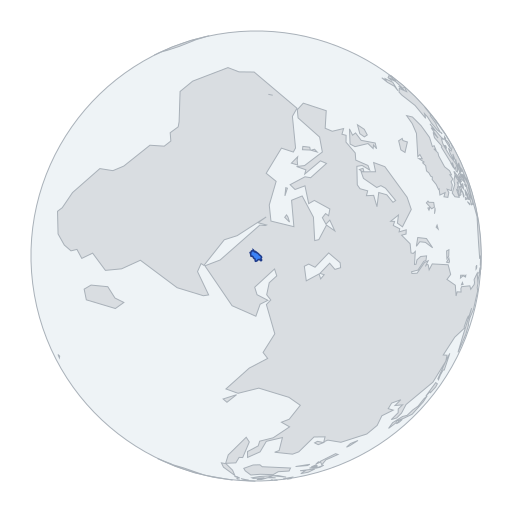 Al Quassim on an orthographic globe, rotated 80°
{"feature_id": "SAU-846", "entity_name": "Al Quassim", "entity_type": "Region", "adm_level": 1, "iso_a3": "SAU", "parent_name": "Saudi Arabia", "parent_adm1": "", "projection": "orthographic", "projection_center": [43.262, 25.97], "detail": "fine", "context": "on_globe", "style": "filled", "palette": "blue", "viewbox_px": 512, "rotation_deg": 80, "n_neighbors": 0, "source": "natural_earth", "source_scale": "10m", "svg_char_len": 11725}
<svg xmlns="http://www.w3.org/2000/svg" viewBox="0 0 512 512"><g transform="rotate(80 256 256)"><circle cx="256" cy="256" r="225" fill="#eef3f6" stroke="#a8b0b8"/><path d="M308.6,36.9L307.1,36.6L296.6,34.5L295.1,34.4L302.0,35.8L304.3,36.8L294.5,34.6L297.6,36.2L280.4,34.4L255.7,31.5L244.7,32.5L215.5,35.5L216.8,35.8L206.5,38.1L204.1,39.5L199.4,40.3L201.6,40.9L206.4,39.9L209.0,40.0L208.0,41.0L201.8,41.9L201.4,41.6L199.1,42.4L196.4,42.5L197.2,43.0L189.7,44.4L195.6,44.6L188.4,47.0L183.9,47.6L186.4,45.5L182.0,43.7L178.2,44.7L170.3,47.7L151.2,57.0L146.2,59.5L137.9,64.3L139.7,63.5L146.8,59.6L148.2,60.0L156.8,55.8L158.6,55.6L166.6,52.8L163.2,55.7L155.5,60.2L148.7,63.0L145.1,65.3L149.9,65.0L135.4,73.2L122.9,84.4L119.4,86.7L115.8,85.8L120.3,79.1L115.6,80.5L116.3,82.4L107.6,88.9L105.2,91.5L104.4,93.1L106.8,91.8L103.3,95.0L101.3,93.6L104.4,90.7L105.0,91.0L107.1,88.2L105.6,88.4L101.3,92.4L101.9,91.7L113.9,81.2L126.6,71.6L139.9,62.9L153.8,55.2L168.3,48.5L183.1,42.8L198.3,38.2L213.8,34.7L229.6,32.3L245.4,31.0L261.3,30.8L277.2,31.7L293.0,33.8L308.6,36.9ZM30.9,263.7L32.6,277.7L36.2,294.9L38.0,307.3L38.7,315.2L40.4,321.3L35.6,302.4L32.4,283.1L30.9,263.7ZM168.0,51.5L167.3,52.1L166.2,52.3L168.0,51.5ZM172.1,49.8L171.2,49.6L173.1,48.8L173.6,49.0L172.1,49.8ZM311.4,37.9L313.1,38.6L309.6,37.5L311.4,37.9ZM172.7,50.4L176.4,47.5L179.7,46.1L184.2,45.8L172.7,50.4ZM312.8,38.8L317.0,41.1L321.3,42.1L311.4,41.2L311.2,39.1L306.2,37.4L310.8,38.5L312.8,38.8ZM208.3,39.3L203.2,40.3L208.4,38.7L208.3,39.3ZM211.0,38.3L223.2,34.4L230.4,33.8L224.8,35.0L234.8,34.1L232.2,35.7L226.2,36.6L222.1,36.5L224.3,37.2L211.0,38.3ZM305.3,40.6L304.7,41.1L303.3,40.2L305.3,40.6ZM210.4,40.0L212.2,39.0L218.6,38.4L216.0,40.2L214.8,39.8L210.4,40.0ZM238.6,33.2L242.9,33.4L242.0,34.6L243.5,34.9L232.8,35.7L238.6,33.2ZM212.9,40.4L214.6,41.2L210.8,42.5L209.1,40.9L212.9,40.4ZM221.3,37.6L224.1,37.5L221.7,38.1L221.3,37.6ZM198.1,48.1L200.2,46.6L203.6,46.1L198.1,48.1ZM215.5,41.4L216.8,41.0L218.4,40.8L218.7,41.6L215.5,41.4ZM232.9,36.7L231.7,37.3L237.3,36.4L236.8,37.6L229.8,38.0L232.6,38.4L232.5,38.8L226.9,38.7L232.9,36.7ZM223.8,41.7L214.7,43.3L210.1,46.0L206.9,46.4L214.8,42.1L223.8,41.7ZM226.1,39.9L224.0,41.1L221.1,40.8L220.7,39.9L226.1,39.9ZM239.1,38.4L241.6,36.4L243.0,36.4L239.1,38.4ZM223.1,42.5L225.3,42.2L223.1,42.7L223.1,42.5ZM234.8,39.6L235.5,38.8L237.1,38.8L234.8,39.6ZM229.2,42.3L226.2,42.7L225.9,42.0L229.2,42.3ZM232.2,41.1L234.3,41.3L227.6,41.5L232.3,40.7L232.2,41.1ZM236.3,39.8L237.4,39.5L235.7,40.1L236.3,39.8ZM232.1,45.1L223.6,45.5L222.9,43.7L231.2,43.5L232.1,45.1ZM72.8,288.0L65.6,250.9L71.7,240.8L74.5,225.9L117.6,190.0L124.8,195.9L156.5,198.3L160.1,201.2L154.2,212.2L176.3,231.6L186.0,223.2L208.1,234.1L224.2,235.2L233.7,213.6L207.3,211.3L204.9,200.1L227.7,192.7L251.0,195.5L250.8,191.3L237.8,181.2L245.0,174.0L233.5,177.1L236.8,181.6L229.8,184.0L226.3,180.1L229.0,177.5L222.5,175.1L211.4,188.9L213.6,195.0L195.4,195.6L197.3,206.0L191.7,210.0L186.5,194.0L188.4,188.6L177.1,170.5L173.5,176.0L183.8,193.8L179.8,191.9L174.9,200.5L175.4,192.5L165.1,172.6L149.9,172.7L127.3,190.6L119.1,189.9L113.7,182.9L125.1,161.6L142.2,165.7L146.4,159.2L145.7,147.6L151.0,150.2L152.8,146.3L159.5,147.6L171.7,140.4L178.9,141.1L186.3,130.0L191.1,129.1L185.3,135.7L185.2,141.1L203.5,143.9L207.8,141.9L211.2,134.7L215.8,136.8L216.7,129.6L228.5,128.3L214.8,124.1L218.4,116.6L226.9,111.8L225.6,108.8L211.7,116.7L208.4,120.8L209.5,125.2L198.2,136.7L191.4,137.8L193.8,123.6L184.4,123.9L190.4,113.6L224.3,97.0L237.1,95.0L252.7,106.7L248.2,111.0L240.4,108.6L245.2,117.4L246.0,113.5L249.8,115.5L254.2,109.7L257.1,110.9L256.3,103.5L260.4,104.4L260.8,109.0L270.7,102.1L279.9,102.8L280.8,100.7L279.1,98.3L291.9,101.4L291.9,99.8L287.7,98.1L285.1,93.9L285.5,88.0L289.9,89.4L290.4,91.7L298.0,99.0L298.5,105.5L300.3,105.5L300.9,100.3L291.7,91.2L290.6,87.3L295.7,91.0L293.8,89.4L294.7,87.9L299.7,87.9L294.4,83.8L298.0,68.3L308.0,67.5L312.2,72.0L319.4,64.8L330.1,65.9L326.2,64.1L327.1,60.3L323.7,59.9L321.9,58.8L322.5,50.6L326.1,50.3L322.0,46.1L320.0,45.4L317.1,45.3L311.4,41.2L321.3,42.1L325.3,43.6L328.8,43.7L337.4,47.4L346.2,51.0L353.7,55.9L359.9,58.8L360.6,58.6L369.6,63.0L386.0,73.8L369.9,65.8L344.8,52.7L354.8,57.7L351.7,57.1L354.8,59.3L362.0,63.3L363.3,63.4L370.5,74.4L386.0,88.8L386.9,85.1L392.6,87.4L411.0,103.7L428.3,134.0L436.0,140.0L439.9,145.5L440.6,151.2L435.0,143.2L431.3,142.5L428.0,137.5L427.4,145.1L422.7,138.3L424.4,148.0L429.3,152.3L431.6,147.6L435.2,159.8L443.9,166.1L450.5,177.7L454.2,204.7L449.8,217.2L450.7,221.5L446.1,219.4L444.3,230.3L456.3,247.9L457.5,254.4L452.5,271.7L451.6,267.0L439.4,261.5L440.3,278.0L449.6,286.0L452.9,299.3L447.1,298.3L443.4,286.8L439.0,284.5L438.0,270.6L430.1,252.6L424.1,259.8L422.5,251.6L410.7,238.3L400.9,248.1L386.6,276.2L388.1,297.5L381.7,308.7L365.2,282.1L358.9,262.3L352.2,265.8L335.9,251.0L305.6,254.2L301.9,249.1L296.0,252.2L284.6,247.6L279.2,239.0L272.0,240.0L286.5,262.7L294.3,261.7L301.7,252.0L304.2,260.3L315.3,266.6L300.8,288.2L256.8,308.0L253.7,292.0L226.2,246.8L227.6,241.8L227.6,241.2L227.3,240.2L223.6,248.2L219.3,239.2L232.7,271.0L234.5,284.4L256.2,308.9L253.9,311.4L261.2,316.3L286.1,309.4L286.0,314.7L273.5,339.2L240.1,370.6L245.3,390.6L244.0,406.8L224.8,416.4L228.1,428.0L218.4,431.2L218.8,437.3L211.9,442.9L199.9,447.1L177.5,443.7L174.8,438.4L161.7,425.7L142.8,394.6L147.1,382.1L144.5,370.6L128.5,341.2L131.9,327.3L128.0,319.9L119.7,319.1L115.3,310.2L110.4,308.4L80.8,302.2L72.8,288.0ZM100.6,211.6L98.9,215.8L100.6,211.6ZM274.5,210.2L289.2,210.8L284.6,197.0L289.8,196.3L286.3,192.1L284.2,196.0L275.9,184.7L282.9,180.6L282.2,174.7L277.2,174.3L265.6,183.9L277.3,199.8L273.1,205.5L274.5,210.2ZM107.7,89.0L107.8,89.2L106.2,91.3L105.6,91.3L107.7,89.0ZM107.9,96.3L102.3,101.2L105.8,97.4L103.8,98.0L108.6,91.2L117.9,87.5L112.9,90.2L107.9,96.3ZM117.7,81.9L113.6,86.1L117.7,81.7L117.7,81.9ZM156.1,125.4L157.5,128.6L153.6,132.5L144.4,133.3L150.0,127.4L156.1,125.4ZM160.4,132.3L165.4,119.0L171.3,118.6L167.1,121.0L170.5,122.0L164.7,126.2L165.5,139.5L162.1,143.9L147.0,141.9L153.8,139.9L152.1,136.6L160.4,132.3ZM167.8,91.3L170.0,87.1L179.9,91.3L176.6,94.9L167.3,95.5L165.6,91.6L167.8,91.3ZM180.0,50.9L180.3,50.1L182.0,49.7L183.2,50.1L180.0,50.9ZM198.8,47.5L180.9,54.6L180.2,53.8L170.5,59.7L165.0,60.1L171.5,56.2L160.0,61.3L163.6,58.0L156.0,61.8L171.0,53.1L173.8,50.8L172.8,53.0L177.8,52.5L180.8,51.6L191.3,47.6L199.8,43.1L206.1,42.4L208.3,43.2L207.2,44.2L203.5,44.2L204.7,45.5L198.5,46.3L198.8,47.5ZM230.3,60.6L226.4,58.8L227.9,64.3L221.7,64.0L222.2,64.7L216.9,66.1L211.3,69.2L208.8,68.6L207.7,70.1L204.2,71.3L201.8,73.3L196.5,73.2L193.2,75.7L192.6,74.2L188.4,78.7L189.1,75.4L184.6,77.0L186.3,79.4L163.1,76.7L152.9,79.1L143.9,83.3L146.3,77.8L156.3,70.8L169.4,64.5L178.9,63.3L178.3,61.4L182.6,60.4L181.3,62.3L186.0,58.9L189.2,58.7L200.9,54.8L205.6,50.6L210.0,49.4L209.7,51.0L214.3,48.7L216.8,51.0L220.0,50.3L225.6,52.2L223.4,56.2L227.1,55.1L231.6,56.9L230.3,60.6ZM233.5,45.7L232.2,49.8L228.1,51.8L219.9,47.8L216.7,48.1L211.3,46.2L217.3,43.4L218.3,44.1L220.6,44.3L217.8,45.1L221.8,44.5L223.3,45.6L226.9,45.6L225.5,46.9L233.5,45.7ZM165.5,197.7L168.6,198.8L173.6,199.2L170.7,205.0L165.5,197.7ZM158.2,184.2L161.1,184.1L159.4,191.8L156.2,190.8L158.2,184.2ZM164.2,177.7L161.4,183.5L161.0,179.8L164.2,177.7ZM188.2,135.4L191.5,135.1L191.3,136.8L188.8,139.2L188.2,135.4ZM233.3,79.0L231.8,77.1L233.1,76.5L234.1,71.7L238.8,71.8L240.0,74.8L233.3,79.0ZM228.4,217.1L222.9,221.0L220.8,218.8L223.1,217.8L228.4,217.1ZM194.7,213.3L201.8,217.1L193.9,214.8L194.7,213.3ZM238.6,78.4L238.5,76.3L240.9,77.7L238.6,78.4ZM242.3,71.7L245.4,72.9L239.5,71.3L242.3,71.7ZM320.5,466.7L322.2,467.3L318.6,468.1L320.5,466.7ZM283.3,403.6L269.7,430.7L258.8,431.0L256.0,423.5L260.5,407.3L272.9,402.2L278.8,394.2L283.3,403.6ZM471.3,313.6L472.6,312.1L472.4,313.1L471.3,313.6ZM470.0,313.0L471.9,310.5L469.3,315.5L470.0,313.0ZM472.6,309.5L474.5,304.8L475.4,302.1L475.0,304.2L472.6,309.5ZM468.5,314.9L458.3,324.7L453.7,326.0L455.3,321.7L462.8,316.3L468.5,314.9ZM454.9,321.9L447.1,317.9L432.8,297.1L438.0,294.9L452.2,304.1L451.4,307.6L456.2,311.8L454.9,321.9ZM471.7,289.6L470.8,299.1L465.7,303.9L463.0,304.9L461.3,295.1L462.3,288.4L464.6,286.5L470.8,258.8L473.5,260.8L472.3,271.6L474.3,277.1L471.7,289.6ZM389.2,299.2L395.0,310.0L391.1,313.2L389.2,299.2ZM471.3,241.7L470.2,253.6L470.5,239.1L471.3,241.7ZM470.3,229.0L471.4,233.2L469.5,230.3L470.3,229.0ZM452.6,227.5L450.2,230.7L449.2,227.6L451.5,221.9L452.6,227.5ZM455.4,187.6L459.1,196.6L460.0,200.1L457.1,195.6L455.4,187.6ZM278.6,80.6L272.0,86.8L270.4,92.2L274.3,96.4L265.9,93.5L268.4,85.1L278.6,80.6ZM295.2,69.4L291.6,66.4L295.0,66.4L296.2,67.1L295.2,69.4ZM291.8,68.5L284.1,67.4L283.3,64.9L289.5,66.2L291.8,68.5ZM261.2,71.9L258.9,73.6L257.0,72.3L261.2,71.9ZM438.4,388.2L446.2,375.3L446.9,374.6L452.2,363.9L463.2,344.2L472.5,318.4L472.6,318.0L466.4,336.6L458.6,354.6L449.2,371.9L438.4,388.2ZM474.5,308.5L477.0,298.1L477.7,295.7L474.5,308.5ZM481.2,263.5L481.0,264.0L481.3,259.6L481.2,263.5ZM479.6,277.8L479.4,280.3L479.1,279.7L479.6,277.8ZM480.1,274.9L480.6,273.8L479.9,277.2L480.1,274.9ZM475.4,277.5L476.0,282.0L477.9,275.2L476.4,282.8L477.1,289.8L476.3,294.0L475.9,286.3L474.6,297.3L473.7,298.6L473.8,290.6L475.1,278.4L476.0,272.5L479.0,264.7L475.4,277.5ZM480.3,268.1L480.1,262.5L480.1,257.5L480.5,259.9L480.3,268.1ZM478.1,249.7L476.0,244.8L475.1,249.9L475.9,234.9L478.0,242.1L478.1,249.7ZM474.8,235.5L474.1,240.2L474.1,232.0L474.8,235.5ZM473.3,238.2L472.1,233.3L473.2,232.3L473.3,238.2ZM475.4,234.6L473.8,225.5L475.2,229.8L475.4,234.6ZM468.9,222.6L473.1,227.4L469.4,228.4L464.5,212.0L465.7,209.7L468.9,222.6ZM445.6,146.9L442.6,143.1L442.4,140.3L444.5,143.7L445.6,146.9ZM438.9,129.6L441.4,138.4L442.9,146.3L444.6,147.1L448.8,155.4L443.9,150.4L439.5,139.5L439.2,134.9L434.9,128.5L432.0,122.4L426.0,115.7L423.4,111.7L428.7,116.6L438.9,129.6ZM423.4,113.0L411.9,101.0L413.4,99.6L416.3,101.9L420.9,107.9L419.9,108.2L423.4,113.0ZM409.6,97.8L408.4,98.2L389.2,85.0L385.5,82.0L401.0,90.4L400.7,91.4L405.2,95.1L409.6,97.8ZM307.2,41.6L304.9,41.1L306.7,41.1L307.2,41.6ZM320.0,58.7L317.9,57.3L320.0,57.0L320.0,58.7ZM313.1,53.3L312.2,54.6L311.3,52.7L313.1,53.3ZM310.5,57.8L311.0,54.8L313.2,58.5L310.5,57.8Z" fill="#d9dde1" stroke="#a8b0b8" stroke-width="1"/><path d="M260.8,251.1L261.0,251.1L261.2,251.3L261.3,251.4L261.4,251.5L261.5,251.6L261.5,251.8L261.5,252.0L261.4,252.2L261.1,252.3L260.8,252.5L260.7,252.7L260.4,253.0L260.2,253.2L260.0,253.3L260.0,253.6L260.0,253.8L259.9,254.3L260.0,254.5L260.3,254.9L260.4,255.0L260.7,255.5L261.0,255.9L261.0,256.0L261.0,256.3L261.1,256.6L261.2,256.8L261.2,257.0L261.2,257.3L261.1,257.5L260.7,257.5L259.8,257.6L259.1,257.5L258.9,257.5L258.7,257.6L258.4,257.8L258.3,258.1L258.2,258.2L258.2,258.3L257.9,258.5L257.7,258.6L257.5,258.8L256.3,259.1L256.2,259.1L255.8,259.5L255.4,260.0L255.4,260.3L255.5,260.5L255.5,260.8L255.4,260.9L255.3,261.0L255.2,261.0L254.8,261.0L254.7,261.0L254.1,261.0L253.3,261.0L253.1,260.9L252.9,260.9L252.5,260.7L252.4,260.7L252.2,260.8L251.9,261.2L251.8,261.3L251.5,261.1L251.4,261.0L251.4,260.8L251.2,260.1L251.1,259.9L250.9,259.7L250.5,259.6L250.4,259.6L250.3,259.4L250.2,259.3L250.2,259.2L250.3,258.2L250.2,257.9L249.5,257.7L249.4,257.7L249.6,257.5L249.9,257.5L250.0,257.4L250.6,257.1L250.8,257.1L251.2,257.0L251.3,257.0L251.4,256.9L251.2,256.5L251.2,256.4L251.2,256.2L251.3,256.0L251.5,256.0L251.8,256.1L252.0,256.1L252.1,255.9L252.0,255.5L252.0,255.4L252.1,255.1L252.2,254.9L252.3,254.9L252.5,254.9L252.8,254.8L252.8,254.7L253.0,254.3L253.4,253.9L254.4,253.1L254.8,252.8L255.6,252.5L255.7,252.4L255.8,252.3L255.8,252.2L256.0,251.9L256.3,251.6L256.5,251.4L257.9,250.7L258.0,250.7L258.3,250.7L258.6,250.8L258.8,251.1L259.3,251.5L259.5,251.6L259.9,251.6L260.1,251.7L260.3,251.6L260.6,251.2L260.8,251.1Z" fill="#3b82f6" stroke="#1e3a8a" stroke-width="1.5"/></g></svg>